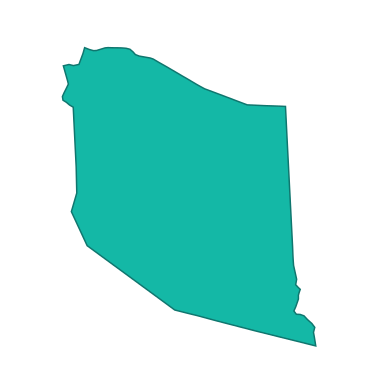 Malhada de Pedras, Bahia, Brazil, rotated 10°
{"feature_id": "56859067B79149246141115", "entity_name": "Malhada de Pedras", "entity_type": "district", "adm_level": 2, "iso_a3": "BRA", "parent_name": "Brazil", "parent_adm1": "Bahia", "projection": "albers", "projection_center": [-41.852, -14.352], "detail": "fine", "context": "isolated", "style": "filled", "palette": "teal", "viewbox_px": 384, "rotation_deg": 10, "n_neighbors": 0, "source": "geoboundaries", "source_scale": "gbopen_adm2", "svg_char_len": 1110}
<svg xmlns="http://www.w3.org/2000/svg" viewBox="0 0 384 384"><g transform="rotate(10 192 192)"><path d="M61.2,68.5L60.6,74.5L58.5,86.0L53.3,88.1L48.7,87.8L43.4,90.1L50.3,104.4L51.5,107.2L50.3,111.5L48.8,116.5L47.8,120.5L49.0,124.0L52.5,125.4L56.3,127.6L60.3,129.1L73.6,187.5L78.7,213.0L76.6,232.3L79.9,237.0L98.1,263.1L173.5,300.3L183.2,305.1L195.5,311.2L209.0,312.2L218.4,312.8L238.4,314.6L278.7,317.8L340.6,322.1L337.7,313.7L336.0,309.1L336.4,304.0L332.9,300.7L327.9,297.6L323.8,294.5L319.7,293.8L316.0,294.3L313.0,291.5L314.1,287.0L314.8,282.7L315.4,278.9L314.7,275.2L315.0,272.2L315.5,269.1L313.1,267.5L310.2,265.3L310.2,259.8L304.8,246.7L303.4,241.2L302.4,236.9L300.6,228.6L297.5,215.1L275.8,120.5L269.2,91.5L263.8,92.2L258.1,93.0L249.7,94.2L231.2,96.6L196.4,90.0L186.6,88.2L181.8,86.6L177.8,85.2L166.4,80.9L162.2,79.4L148.8,74.4L145.6,73.2L137.1,70.2L130.7,67.8L127.6,67.3L120.4,67.3L116.4,67.3L112.4,66.5L109.5,64.2L106.1,62.2L102.2,61.9L97.9,62.3L93.3,63.0L88.5,63.8L84.2,64.4L81.3,65.2L77.4,67.2L73.3,69.3L70.3,69.9L66.2,69.5L61.2,68.5Z" fill="#14b8a6" stroke="#0f766e" stroke-width="1.5"/></g></svg>